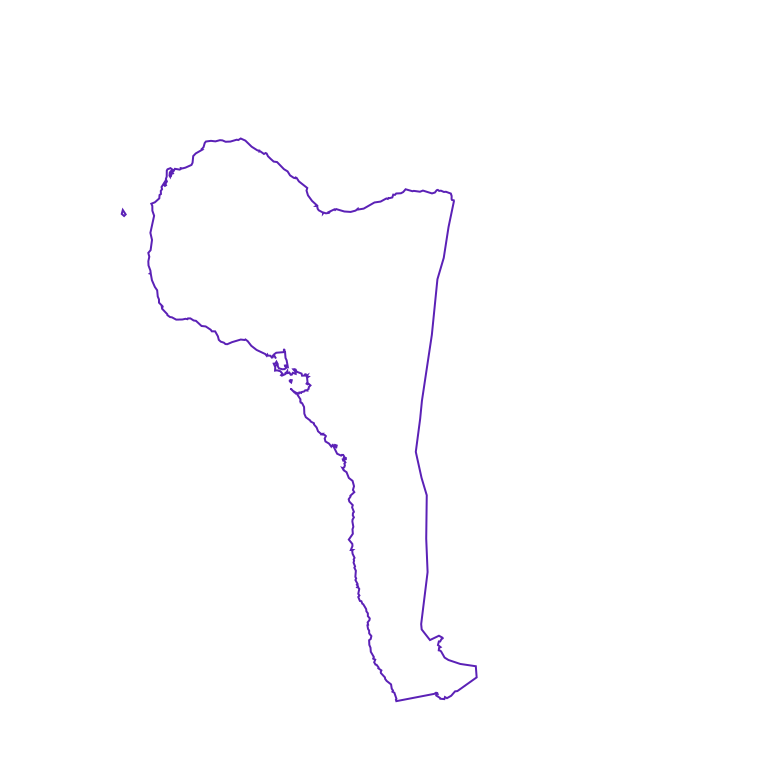 Negros Oriental, Negros Oriental, Philippines, rotated 148°
{"feature_id": "2640588B56610026740587", "entity_name": "Negros Oriental", "entity_type": "district", "adm_level": 2, "iso_a3": "PHL", "parent_name": "Philippines", "parent_adm1": "Negros Oriental", "projection": "albers", "projection_center": [123.112, 9.739], "detail": "fine", "context": "isolated", "style": "outline", "palette": "violet", "viewbox_px": 768, "rotation_deg": 148, "n_neighbors": 0, "source": "geoboundaries", "source_scale": "gbopen_adm2", "svg_char_len": 6152}
<svg xmlns="http://www.w3.org/2000/svg" viewBox="0 0 768 768"><g transform="rotate(148 384 384)"><path d="M226.4,510.1L229.6,514.2L231.4,515.1L233.3,517.8L234.9,518.5L235.5,520.1L236.6,520.4L239.4,519.4L242.3,520.2L248.5,527.4L251.6,528.0L256.4,532.0L257.7,532.4L262.5,537.7L266.0,536.6L268.6,536.8L272.7,539.1L274.5,538.6L275.8,539.7L278.1,537.8L280.8,538.7L282.2,539.9L281.9,539.3L282.7,538.9L283.7,540.1L290.2,540.5L295.9,543.0L308.3,543.5L313.6,545.7L313.3,546.5L316.2,546.1L321.1,547.6L326.2,551.3L331.9,557.7L333.3,557.5L333.5,558.4L339.6,559.1L339.4,558.5L340.0,558.3L342.8,559.5L344.3,561.3L345.2,561.0L344.8,561.5L347.3,565.9L347.4,567.8L346.4,570.2L347.4,571.0L346.2,571.0L348.0,577.4L348.5,584.3L347.2,589.1L345.2,590.9L348.8,600.9L348.9,605.1L349.5,605.9L350.1,605.4L350.7,605.3L350.2,605.6L351.3,606.7L353.1,610.7L353.1,615.4L355.0,619.2L357.1,628.9L359.7,631.1L360.8,634.9L361.7,638.6L361.4,641.6L362.0,642.6L363.9,642.7L365.6,646.8L366.6,647.2L366.1,648.1L367.5,649.1L370.5,655.4L372.6,663.9L375.4,668.1L378.3,668.1L379.4,669.2L385.8,671.0L390.0,673.4L391.9,676.2L393.9,677.7L398.4,679.1L401.9,681.9L406.5,684.0L408.3,683.4L411.5,680.5L414.1,679.7L414.9,680.2L414.0,679.0L421.4,679.3L425.0,678.4L429.1,673.1L431.2,671.8L437.7,672.7L440.6,673.6L442.0,674.8L442.5,674.0L443.7,674.1L447.3,677.3L449.8,676.0L451.8,676.4L452.5,675.9L451.4,675.2L451.4,674.5L452.8,674.9L454.5,673.2L455.1,673.8L455.5,673.3L455.5,674.4L453.5,676.9L451.8,677.5L449.6,677.4L450.7,680.2L453.8,680.8L455.1,680.1L458.4,675.0L460.4,673.4L460.8,670.8L463.4,669.5L463.5,668.1L464.8,668.1L465.0,669.1L464.4,670.4L464.0,670.7L463.8,670.4L463.5,670.6L462.9,671.5L468.3,668.9L469.0,666.8L471.0,666.0L472.5,663.3L474.2,663.2L476.2,660.5L482.0,659.5L485.8,660.2L486.1,657.8L488.6,653.7L489.8,648.5L502.0,636.0L504.4,629.1L511.0,621.2L514.4,620.1L515.6,616.3L518.8,613.0L520.9,609.3L522.0,604.0L523.0,601.8L524.0,601.7L523.4,601.0L525.8,595.0L526.9,587.7L526.7,583.7L529.5,578.1L530.0,575.0L531.7,572.2L530.6,567.1L531.1,566.6L531.6,567.0L532.3,565.4L530.8,558.0L531.2,557.2L530.0,554.2L528.5,552.9L526.1,548.7L520.7,545.5L517.8,544.5L516.3,543.1L515.5,543.5L513.4,542.2L511.8,538.8L510.0,537.2L508.0,529.9L504.7,527.3L502.2,521.8L502.1,519.9L499.3,518.1L499.6,512.4L500.7,509.0L500.0,506.4L497.9,503.9L497.3,501.9L495.8,500.8L490.6,500.0L481.9,497.6L478.9,495.2L477.9,495.2L476.9,492.6L476.3,486.7L474.0,480.4L468.8,472.3L468.5,470.0L467.4,470.6L467.5,469.7L465.3,468.1L465.1,465.8L464.3,465.6L463.0,467.0L462.1,467.1L462.1,462.8L462.0,466.9L461.4,467.4L458.8,467.6L452.4,464.3L451.6,464.5L450.7,466.1L449.7,466.3L451.0,465.5L450.7,464.1L453.7,458.3L454.0,455.8L456.3,450.0L456.8,451.5L457.9,452.0L457.9,451.3L458.4,451.7L458.5,451.4L457.8,449.6L460.4,449.3L462.3,450.3L464.8,452.9L464.7,455.2L463.9,456.7L465.3,456.9L463.5,458.3L463.4,459.9L465.2,459.0L466.7,459.7L467.3,455.9L469.3,453.1L467.5,452.3L465.1,449.7L464.7,446.5L466.6,446.0L466.2,445.2L462.7,444.7L461.5,445.7L460.5,445.4L461.0,443.7L460.3,445.5L459.2,446.1L459.7,445.0L459.2,444.0L458.2,443.9L458.2,441.3L457.3,440.8L455.4,441.8L453.5,439.4L452.6,440.8L453.1,444.5L451.9,443.9L451.3,443.0L451.6,440.7L451.0,440.6L451.4,440.5L448.4,436.5L449.1,434.5L447.0,433.3L445.8,434.0L445.2,433.7L445.3,432.0L444.6,432.0L445.5,431.5L444.2,430.2L445.9,430.1L447.9,426.1L449.5,425.3L449.0,424.3L447.9,424.3L447.1,421.8L449.4,421.2L450.5,419.8L452.0,419.7L452.4,419.0L454.1,420.4L455.6,420.0L458.5,420.9L459.0,420.4L460.3,421.7L461.2,421.1L463.1,423.0L464.9,426.5L465.3,428.9L466.3,429.6L465.5,428.9L464.4,424.1L463.7,423.6L463.9,422.7L463.1,422.3L463.0,415.3L464.3,413.5L464.2,413.3L463.7,413.4L463.3,413.1L463.9,413.2L464.5,412.4L463.6,411.1L464.0,406.8L467.3,401.0L467.9,397.3L465.9,392.1L466.1,391.1L464.2,387.8L464.8,386.8L464.2,382.8L465.0,378.8L463.8,375.0L462.7,374.4L463.5,374.2L461.4,372.5L460.9,370.6L463.2,369.2L464.1,366.3L462.2,362.6L461.9,359.1L461.4,359.5L460.5,358.5L460.4,359.4L459.7,359.5L459.6,357.9L457.9,358.4L456.7,356.9L457.9,355.7L458.6,357.2L460.0,356.7L460.7,349.7L458.3,346.0L457.3,346.2L456.2,345.5L456.2,343.4L457.1,342.8L455.6,341.4L456.2,340.5L458.9,341.8L459.2,340.6L458.3,339.9L458.3,337.9L459.7,337.6L460.3,335.7L461.6,334.6L463.3,334.6L463.4,334.0L463.8,334.6L463.9,332.2L462.5,329.1L463.6,323.0L462.0,318.5L463.6,313.2L466.5,310.6L466.5,308.0L471.7,307.1L472.0,306.3L475.0,305.0L475.7,302.7L474.7,297.8L476.4,296.3L477.3,291.5L478.8,290.9L480.1,289.1L480.2,286.9L482.6,285.6L483.7,284.1L485.7,279.1L487.7,277.5L489.8,273.5L496.3,270.7L495.6,265.2L496.6,263.3L500.1,260.8L498.5,259.8L499.2,259.7L500.6,256.7L501.1,252.2L502.7,251.3L503.0,250.0L504.5,248.6L505.2,244.6L506.5,243.9L506.8,240.6L510.5,235.6L510.6,233.9L512.1,232.9L512.4,228.3L513.4,228.1L513.2,226.3L514.4,225.8L513.7,225.1L513.6,223.3L517.0,219.7L516.9,217.7L518.7,217.0L519.4,212.8L518.3,211.8L518.8,209.2L518.3,208.2L518.4,202.6L519.4,200.5L519.2,198.1L520.7,195.7L520.3,192.8L521.4,191.5L524.2,190.5L525.1,188.1L525.9,188.2L527.3,184.8L527.3,182.7L528.7,180.4L528.5,178.0L529.0,177.9L528.4,178.0L528.3,176.9L530.4,174.8L532.4,174.6L534.7,170.5L535.2,167.5L537.1,163.9L537.3,157.8L538.7,156.8L537.5,154.9L539.8,153.2L539.9,150.5L539.1,149.8L538.8,146.5L539.5,145.9L538.0,142.5L539.4,141.5L539.8,140.4L538.7,134.7L539.3,133.3L539.1,130.8L537.2,125.5L538.9,121.5L538.8,119.3L539.9,118.6L538.8,116.7L540.3,110.4L541.2,110.0L541.6,108.5L505.6,94.6L503.5,94.6L502.6,93.7L502.8,92.9L503.6,93.8L504.8,92.2L502.9,88.2L503.1,87.3L499.8,84.8L498.2,86.2L497.1,84.2L492.2,84.0L486.6,85.7L484.5,84.7L460.9,86.1L455.7,96.0L467.7,106.2L475.6,115.8L477.6,119.9L477.3,126.7L477.5,127.9L478.7,129.1L477.2,131.0L475.5,130.9L476.6,134.0L473.9,136.6L472.8,135.9L470.5,137.2L469.0,137.2L468.8,137.8L470.8,141.4L480.7,142.5L482.1,155.9L479.7,160.7L446.7,201.4L430.2,230.4L406.7,267.0L401.9,284.5L393.0,309.6L371.8,335.3L360.7,349.7L317.4,400.3L283.2,444.5L266.5,459.3L246.1,482.9L227.9,501.9L227.5,502.8L228.8,504.0L228.7,505.0L227.0,507.6L226.4,510.1ZM515.4,664.2L513.2,664.7L513.3,670.0L516.3,667.2L515.4,664.2ZM461.9,434.5L460.2,436.1L461.0,436.9L462.1,436.9L462.5,436.1L461.9,434.5Z" fill="none" stroke="#5b21b6" stroke-width="2"/></g></svg>